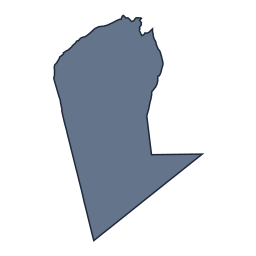 the district of Seme, Nyanza, Kenya
{"feature_id": "3690345B94022064198400", "entity_name": "Seme", "entity_type": "district", "adm_level": 2, "iso_a3": "KEN", "parent_name": "Kenya", "parent_adm1": "Nyanza", "projection": "equal_earth", "projection_center": [34.518, -0.156], "detail": "fine", "context": "isolated", "style": "filled", "palette": "slate", "viewbox_px": 256, "rotation_deg": 0, "n_neighbors": 0, "source": "geoboundaries", "source_scale": "gbopen_adm2", "svg_char_len": 3414}
<svg xmlns="http://www.w3.org/2000/svg" viewBox="0 0 256 256"><path d="M54.8,64.8L54.3,66.4L54.3,67.3L54.3,68.2L54.4,68.9L54.4,69.6L54.5,70.3L54.6,70.9L54.5,71.7L54.5,72.5L54.5,73.4L54.5,74.5L54.5,75.2L54.4,75.9L54.2,76.6L53.9,77.3L53.9,78.0L53.8,78.6L59.0,96.5L59.3,97.4L59.6,98.2L60.0,99.1L60.2,100.0L60.3,101.0L60.5,102.1L60.6,103.1L60.7,103.9L61.0,104.6L61.2,105.7L61.3,106.7L61.6,107.6L61.9,108.7L61.9,109.7L61.8,110.7L61.9,111.5L63.3,117.6L63.5,118.3L63.6,119.0L64.3,121.9L65.5,126.5L66.7,130.9L67.4,134.1L69.7,143.2L76.1,168.9L77.3,173.4L79.5,182.4L81.3,189.4L82.7,195.3L84.3,202.5L85.9,208.7L92.2,234.4L93.8,240.6L104.9,231.7L117.9,221.4L121.5,218.5L146.0,198.9L202.2,154.1L151.5,154.7L146.9,117.1L146.8,116.1L147.0,115.0L147.3,113.7L147.8,112.2L148.1,110.7L148.4,110.1L148.7,109.0L148.9,107.8L149.2,106.3L149.4,105.3L149.7,103.7L150.2,101.6L150.5,100.4L150.8,99.5L151.0,98.6L151.1,97.6L151.3,96.7L151.6,95.1L151.7,94.1L151.7,92.9L151.7,92.1L152.0,91.4L152.7,90.7L153.3,89.8L153.7,89.4L154.2,88.7L154.6,88.2L155.2,87.5L155.7,86.9L156.0,86.2L156.5,85.2L156.7,84.6L157.1,83.6L157.2,83.0L157.4,82.4L157.6,81.5L157.8,80.7L157.8,79.9L157.8,79.2L157.7,78.6L157.7,78.0L157.9,77.2L157.8,76.6L158.2,75.9L158.9,75.9L159.4,75.6L159.7,75.1L160.3,73.7L160.8,72.6L161.2,71.2L161.5,70.1L161.7,69.0L161.8,68.3L162.2,67.2L162.4,66.4L162.8,65.6L162.9,64.7L163.0,63.7L162.9,62.6L162.8,61.9L162.6,61.0L162.3,59.8L162.0,58.9L161.8,58.0L161.7,57.3L161.5,56.3L161.1,55.3L160.9,54.4L160.6,53.4L160.4,52.7L160.2,52.0L159.8,51.2L159.5,50.6L159.1,50.1L158.5,49.5L158.0,48.8L157.8,48.2L157.5,47.5L157.2,46.8L156.8,45.8L156.5,45.1L156.2,44.2L156.0,43.1L155.8,42.3L155.7,41.5L155.4,41.0L155.0,40.4L154.6,39.8L154.3,39.2L153.9,38.3L153.6,37.2L153.4,36.4L153.2,35.3L153.1,33.9L152.9,33.3L152.7,32.7L152.6,31.9L152.5,31.1L152.5,30.3L152.5,28.9L148.8,32.4L146.6,33.3L145.8,33.0L145.0,32.9L144.4,33.9L144.0,34.6L143.1,35.0L142.6,35.3L142.0,35.7L141.7,35.2L141.3,34.6L140.5,32.9L140.0,31.9L139.4,30.8L139.5,30.1L139.7,29.6L139.9,28.7L139.3,27.4L139.9,26.7L140.4,26.2L140.9,25.5L141.2,25.0L141.3,24.1L141.3,22.5L140.2,21.1L139.6,20.4L141.4,18.4L140.7,17.9L136.0,17.8L135.0,18.9L134.1,20.3L133.8,20.8L133.4,20.9L132.8,21.0L132.2,21.3L131.7,21.5L131.2,21.1L129.6,19.3L128.9,18.7L128.3,18.1L127.4,17.8L126.8,17.9L126.0,18.0L124.8,16.8L124.3,16.3L123.7,15.7L123.1,15.4L122.7,15.7L122.4,16.3L122.0,16.8L121.7,17.5L121.3,18.4L121.1,19.4L120.5,19.4L119.8,19.3L119.3,19.4L118.9,19.6L118.2,19.9L117.3,20.3L116.9,20.5L116.3,20.7L115.0,21.5L113.6,22.1L113.0,22.5L112.4,22.8L110.7,23.6L110.0,23.9L109.3,24.3L107.9,24.9L107.4,25.1L106.8,25.3L105.7,25.6L103.9,26.1L103.4,26.2L102.9,26.2L98.9,26.7L98.3,26.9L95.1,28.5L94.6,28.8L93.9,29.5L92.9,30.4L92.5,30.8L92.0,31.2L91.2,32.0L90.8,32.4L90.4,32.7L89.6,33.4L89.1,33.8L88.7,34.1L88.2,34.5L87.8,34.9L87.2,35.3L86.5,35.8L86.1,36.1L85.6,36.4L85.1,36.7L84.5,36.9L84.0,37.0L83.4,37.1L82.6,37.3L82.0,37.5L81.6,37.7L81.2,37.9L80.6,38.3L80.1,38.7L79.7,39.1L79.3,39.6L78.9,40.2L78.1,40.8L77.6,40.7L77.0,40.9L76.4,41.6L75.9,42.3L75.4,43.1L75.0,43.6L74.3,44.0L73.7,44.5L73.1,45.1L72.4,45.8L71.9,46.6L71.4,47.3L70.8,47.7L70.2,48.2L69.6,48.7L69.1,49.2L68.7,49.6L68.3,50.0L67.6,50.3L67.0,50.5L66.5,50.8L63.3,52.9L63.6,53.6L63.0,54.5L61.9,55.3L59.6,57.1L59.5,57.8L59.3,58.4L59.0,59.0L58.6,59.7L58.1,60.4L57.8,61.0L57.3,61.7L56.9,62.5L56.4,63.1L55.9,63.7L54.8,64.8Z" fill="#64748b" stroke="#1e293b" stroke-width="1.5"/></svg>